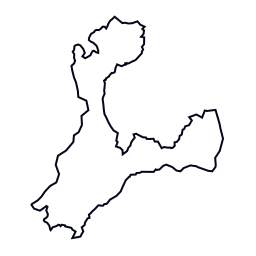 Praitori, Paphos, Cyprus, rotated 181°
{"feature_id": "46923920B29566977103124", "entity_name": "Praitori", "entity_type": "district", "adm_level": 2, "iso_a3": "CYP", "parent_name": "Cyprus", "parent_adm1": "Paphos", "projection": "robinson", "projection_center": [32.742, 34.839], "detail": "fine", "context": "isolated", "style": "outline", "palette": "ink", "viewbox_px": 256, "rotation_deg": 181, "n_neighbors": 0, "source": "geoboundaries", "source_scale": "gbopen_adm2", "svg_char_len": 3232}
<svg xmlns="http://www.w3.org/2000/svg" viewBox="0 0 256 256"><g transform="rotate(181 128 128)"><path d="M173.6,18.7L172.7,20.7L170.9,23.8L172.5,27.9L169.7,30.2L169.3,32.8L167.7,35.5L166.9,36.8L164.9,37.6L165.6,40.7L163.9,42.0L162.8,43.4L161.6,44.6L159.7,46.4L156.8,49.6L156.2,50.2L153.3,49.9L151.4,50.0L150.4,51.5L148.2,51.7L146.9,53.1L144.8,56.0L138.4,59.9L134.2,64.4L132.3,69.1L129.3,75.8L126.1,79.2L125.5,79.2L124.6,81.3L119.5,81.6L118.7,83.1L115.4,83.4L113.4,84.5L108.6,84.5L106.5,84.5L101.5,84.6L99.5,87.1L98.7,86.6L95.9,87.0L92.0,90.9L89.0,92.0L83.0,89.7L78.8,86.3L74.8,85.6L71.7,88.9L64.9,91.7L58.8,90.9L57.6,90.1L54.0,88.9L47.0,86.6L43.0,86.2L40.0,90.3L40.0,89.9L39.6,92.3L40.3,99.7L35.9,106.6L32.8,119.0L35.6,129.3L36.5,133.7L40.8,147.6L41.5,147.5L49.4,146.4L51.5,146.8L54.1,139.7L59.9,142.7L67.0,139.9L64.3,136.7L67.0,131.9L70.9,130.6L71.7,128.1L73.4,127.2L74.1,122.4L76.2,121.0L76.7,117.7L79.0,114.9L81.2,114.5L81.0,110.9L81.9,110.1L83.3,108.8L84.6,108.6L85.1,109.1L88.2,109.1L91.8,109.6L94.0,108.4L97.8,114.9L101.0,114.9L102.3,117.7L106.0,117.4L109.1,117.4L109.9,118.8L113.0,119.0L115.0,120.0L117.5,121.2L119.7,122.4L122.3,121.7L121.1,118.4L122.9,116.2L124.5,113.7L125.3,110.4L127.3,108.3L128.5,104.9L132.8,101.6L133.1,105.7L135.5,108.0L139.7,109.3L138.1,113.8L139.5,115.1L138.1,122.8L142.4,125.3L145.1,129.0L147.6,133.2L149.6,137.5L151.8,141.6L152.5,146.1L153.1,151.6L153.9,156.7L152.9,159.8L152.0,161.7L152.5,165.4L152.1,168.7L151.9,172.6L152.8,174.8L152.0,175.7L151.3,175.6L150.8,176.5L150.8,177.2L147.7,179.4L147.6,180.2L145.3,182.7L145.0,182.5L142.6,183.3L142.1,184.0L141.5,187.9L140.0,191.4L135.6,189.7L133.4,190.7L132.6,191.2L131.6,191.1L131.4,191.8L131.8,192.6L130.5,193.0L130.1,192.2L127.9,192.9L125.7,194.2L121.6,196.1L115.5,203.0L115.5,204.7L114.2,206.7L115.5,209.4L113.4,212.1L113.4,218.9L116.5,219.4L114.1,222.3L113.7,225.8L115.4,227.2L114.1,228.7L113.2,229.6L117.5,231.5L120.4,234.8L125.8,232.8L129.5,232.5L132.6,233.2L135.5,232.8L143.3,239.0L145.9,236.4L147.7,235.0L149.5,231.9L150.6,228.8L151.6,227.1L153.0,228.8L155.1,228.9L157.0,226.7L158.8,225.4L161.4,225.5L162.7,224.8L163.6,223.3L166.5,221.5L167.8,219.2L168.5,217.3L168.6,216.8L168.6,215.2L166.7,213.7L164.3,212.7L162.9,211.4L161.2,210.0L160.1,208.0L159.1,204.5L159.1,202.6L161.1,203.1L163.4,204.6L164.6,204.4L165.8,202.4L166.9,200.0L169.5,198.4L172.0,197.0L174.8,198.8L172.5,202.3L174.1,206.2L177.0,209.7L179.2,210.6L181.8,209.8L183.0,208.8L183.2,205.2L184.6,203.3L183.0,200.9L183.2,197.2L182.1,194.4L183.0,191.6L185.6,189.2L184.7,184.4L182.8,177.4L180.8,172.7L178.8,164.5L178.2,158.1L170.1,154.6L167.9,145.1L174.7,139.3L174.1,130.2L177.3,122.9L181.9,119.7L182.4,113.1L189.6,104.3L197.5,99.1L199.6,89.9L196.1,80.6L198.7,72.3L204.7,68.8L209.9,63.1L213.3,57.9L216.9,54.1L222.6,50.4L223.1,49.8L223.2,49.5L220.5,45.7L217.3,44.7L214.6,43.8L212.4,45.4L208.2,48.6L207.1,47.8L208.3,44.2L206.6,40.4L206.9,38.4L208.0,36.9L210.0,35.7L210.6,34.2L209.7,33.0L207.1,31.8L205.0,29.0L203.9,25.0L203.5,24.5L201.6,27.4L197.9,28.7L195.7,30.1L194.7,29.8L193.8,28.7L192.5,30.1L189.3,29.5L189.2,28.6L188.4,28.4L182.9,27.2L181.9,25.5L178.6,23.5L181.7,17.0L179.4,17.4L177.2,17.9L176.1,17.9L174.2,18.6L173.6,18.7Z" fill="none" stroke="#020617" stroke-width="2"/></g></svg>